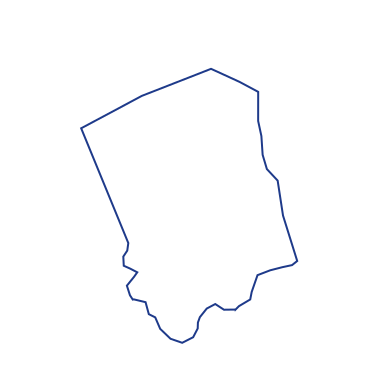 Mellerud, Västra Götaland, Sweden, rotated 227°
{"feature_id": "70781695B28344262532925", "entity_name": "Mellerud", "entity_type": "district", "adm_level": 2, "iso_a3": "SWE", "parent_name": "Sweden", "parent_adm1": "Västra Götaland", "projection": "albers", "projection_center": [12.416, 58.693], "detail": "fine", "context": "isolated", "style": "outline", "palette": "blue", "viewbox_px": 384, "rotation_deg": 227, "n_neighbors": 0, "source": "geoboundaries", "source_scale": "gbopen_adm2", "svg_char_len": 694}
<svg xmlns="http://www.w3.org/2000/svg" viewBox="0 0 384 384"><g transform="rotate(227 192 192)"><path d="M76.3,143.4L76.5,148.5L73.7,161.3L78.2,167.5L86.5,183.2L81.4,195.8L75.4,206.8L70.3,215.3L69.8,221.9L112.7,242.5L141.9,262.4L157.7,262.4L171.0,269.0L185.6,280.9L198.8,288.8L220.1,308.7L240.0,301.9L268.2,290.3L269.1,289.9L296.5,220.9L314.2,154.4L198.1,110.6L193.3,104.7L191.6,97.7L184.6,91.8L178.2,94.5L170.6,97.2L169.5,91.8L167.9,80.5L158.8,76.2L153.7,75.3L153.2,76.2L143.1,82.9L132.1,77.1L125.4,79.6L113.6,75.4L99.3,76.2L88.4,82.0L85.0,93.8L88.3,103.1L92.5,107.3L95.1,112.4L96.7,123.3L94.2,132.6L84.1,135.1L76.5,143.5L76.3,143.4Z" fill="none" stroke="#1e3a8a" stroke-width="2"/></g></svg>